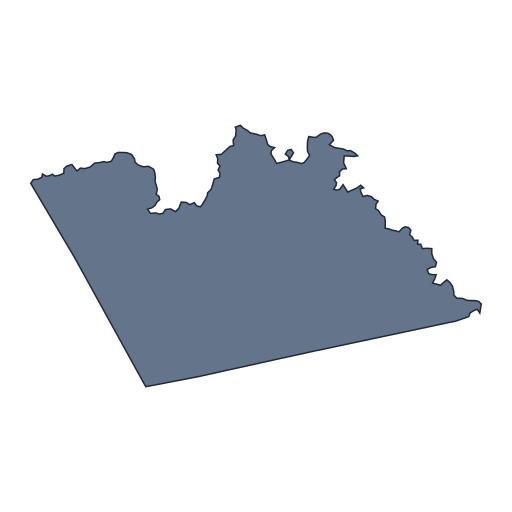 Conceição do Lago-Açu, Maranhão, Brazil (Albers equal-area conic projection)
{"feature_id": "56859067B86224860320323", "entity_name": "Conceição do Lago-Açu", "entity_type": "district", "adm_level": 2, "iso_a3": "BRA", "parent_name": "Brazil", "parent_adm1": "Maranhão", "projection": "albers", "projection_center": [-44.806, -3.793], "detail": "fine", "context": "isolated", "style": "filled", "palette": "slate", "viewbox_px": 512, "rotation_deg": 0, "n_neighbors": 0, "source": "geoboundaries", "source_scale": "gbopen_adm2", "svg_char_len": 2883}
<svg xmlns="http://www.w3.org/2000/svg" viewBox="0 0 512 512"><path d="M289.2,159.9L282.3,162.0L276.6,163.4L274.0,158.8L271.0,154.0L271.4,150.6L274.6,147.6L269.7,146.4L267.6,144.2L266.2,139.3L264.7,134.8L260.6,135.7L256.2,134.1L250.2,132.9L247.6,130.6L243.3,128.2L240.4,125.3L235.3,127.1L236.2,130.3L235.5,136.5L233.1,139.9L233.6,145.7L230.1,146.3L225.4,150.6L221.3,154.4L216.2,154.7L217.7,158.8L217.5,163.3L220.0,166.1L218.1,169.9L220.0,173.4L219.5,177.3L214.3,178.9L213.0,183.3L212.0,186.7L211.0,189.5L207.6,192.8L207.2,195.9L205.3,199.3L202.5,204.2L200.4,206.8L196.7,205.9L194.3,202.6L189.9,204.7L186.2,202.4L181.2,202.1L178.8,208.3L175.5,211.6L170.6,208.9L165.5,209.5L162.7,213.5L159.0,214.0L155.7,212.9L150.5,213.4L147.5,209.1L151.8,207.9L155.0,205.5L157.1,201.9L159.7,199.7L159.0,196.3L156.2,194.4L157.3,189.5L156.4,185.7L155.0,181.2L155.4,177.8L154.8,172.7L153.6,169.2L148.5,166.3L143.3,166.8L138.2,165.0L135.1,162.2L134.5,158.9L131.7,154.5L126.4,152.6L118.1,152.4L114.9,154.0L113.3,157.8L111.3,161.2L107.2,162.4L103.8,161.6L99.4,162.6L94.6,163.1L90.3,167.0L84.9,168.6L80.4,168.1L76.9,171.0L71.9,164.5L66.8,166.1L64.0,168.6L63.8,173.2L59.6,175.1L54.7,176.1L52.5,174.2L49.6,175.6L46.6,176.3L42.5,174.0L41.8,177.2L37.9,179.2L33.3,179.6L30.7,183.3L52.7,220.6L74.5,257.4L109.1,320.2L119.8,339.6L136.5,370.0L145.8,386.7L200.9,376.1L220.5,371.7L275.3,359.6L285.9,357.3L289.5,356.5L305.2,353.1L310.4,351.9L448.5,322.6L455.3,321.3L468.8,316.6L470.0,313.0L473.6,310.7L477.3,309.3L479.8,313.1L481.3,304.0L478.7,301.4L475.2,300.6L467.2,300.4L462.5,298.4L456.7,298.1L453.8,295.0L453.8,291.6L452.5,286.3L449.9,282.4L446.8,279.8L444.2,281.9L440.5,285.2L432.6,283.1L435.1,278.0L436.2,274.7L431.8,274.6L428.7,273.6L427.1,269.5L431.2,267.4L435.4,266.7L436.5,262.3L433.4,258.5L431.8,253.8L431.8,248.6L426.7,248.3L422.4,248.6L420.7,244.2L417.6,244.3L417.9,240.2L414.2,240.4L411.9,236.7L409.6,234.6L410.9,230.2L408.6,227.6L405.1,226.7L402.5,228.1L399.0,231.8L395.4,230.7L392.2,230.2L389.4,229.0L385.2,228.3L385.3,220.6L384.6,217.0L381.2,214.9L378.4,210.5L375.6,208.7L376.0,204.2L378.1,201.1L374.1,199.3L371.3,196.6L367.2,195.4L363.0,196.5L360.7,191.8L360.2,188.7L363.6,187.9L360.7,185.2L356.5,188.2L353.4,189.5L347.6,192.1L345.5,188.4L343.0,184.6L339.9,189.1L337.0,190.2L333.7,189.3L336.0,185.7L336.5,182.6L334.4,179.9L336.7,177.6L339.6,175.8L339.6,171.7L342.2,169.1L346.3,168.7L343.6,162.9L344.2,155.9L349.4,156.1L353.8,156.5L357.7,155.8L355.3,153.5L350.6,150.6L346.8,150.8L343.8,149.1L340.8,148.6L334.4,147.5L329.3,144.7L333.6,140.3L332.3,137.0L330.4,134.6L327.7,133.2L323.9,132.9L320.2,134.3L316.1,137.4L312.4,137.2L308.8,136.5L307.6,140.9L307.3,147.1L307.5,151.3L309.6,155.3L307.5,158.4L304.3,162.4L301.6,163.6L297.5,162.4L293.0,161.8L289.2,159.9ZM289.2,159.9L293.5,152.9L291.1,149.4L287.7,150.4L285.3,154.2L288.5,156.5L289.2,159.9Z" fill="#64748b" stroke="#1e293b" stroke-width="1.5"/></svg>